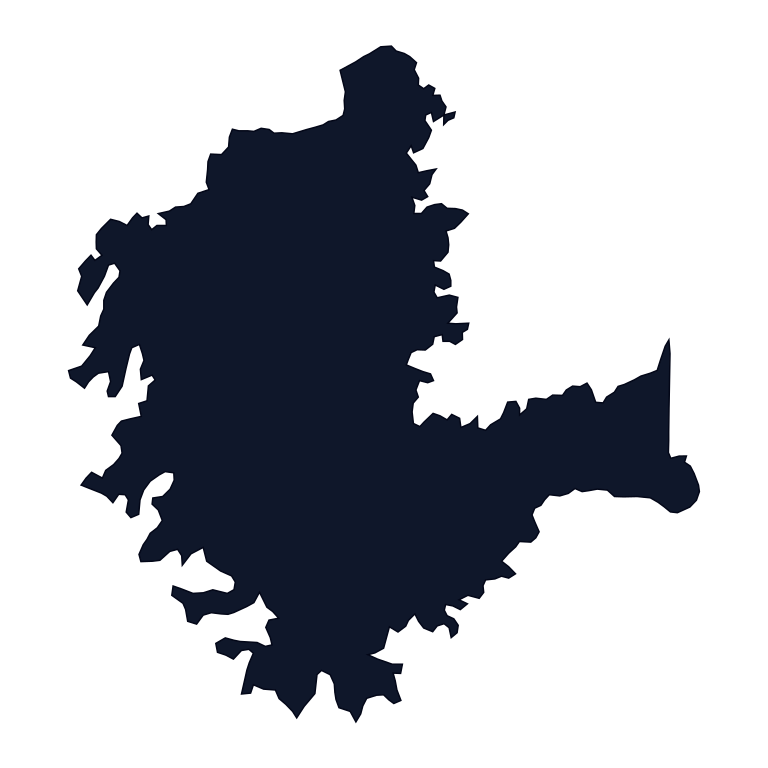 outline of Marquinho, Paraná, Brazil, rotated 270°
{"feature_id": "56859067B92570894307913", "entity_name": "Marquinho", "entity_type": "district", "adm_level": 2, "iso_a3": "BRA", "parent_name": "Brazil", "parent_adm1": "Paraná", "projection": "mercator", "projection_center": [-52.258, -25.123], "detail": "fine", "context": "isolated", "style": "filled", "palette": "ink", "viewbox_px": 768, "rotation_deg": 270, "n_neighbors": 0, "source": "geoboundaries", "source_scale": "gbopen_adm2", "svg_char_len": 5678}
<svg xmlns="http://www.w3.org/2000/svg" viewBox="0 0 768 768"><g transform="rotate(270 384 384)"><path d="M705.3,416.5L711.4,409.7L714.5,404.3L717.0,396.1L721.9,391.4L721.2,380.7L714.2,369.5L711.4,363.7L706.0,355.5L697.7,340.1L676.2,345.4L667.6,344.2L659.1,344.7L652.6,343.1L648.0,336.0L646.5,328.5L643.1,323.1L640.7,315.0L638.5,306.8L634.2,292.6L635.2,281.8L634.8,274.0L638.5,269.2L639.7,261.1L636.6,253.9L637.2,247.6L637.2,238.8L638.8,232.4L630.9,229.4L621.0,228.6L613.4,221.5L613.9,210.7L606.4,208.0L598.3,207.6L585.8,206.3L578.4,209.1L574.7,197.9L564.2,190.8L561.5,183.9L560.9,175.5L556.9,169.4L554.4,158.3L548.3,166.1L542.5,166.4L542.5,156.9L538.3,151.7L543.4,148.1L552.0,148.8L550.1,142.0L554.8,137.0L550.2,132.6L542.5,127.1L546.5,119.3L548.7,110.6L539.5,101.4L533.3,96.4L526.0,96.2L519.2,96.4L512.7,102.0L507.6,94.9L512.8,91.0L507.0,85.4L499.2,78.7L491.7,81.7L477.2,77.7L463.1,87.2L475.3,94.4L480.0,98.1L491.7,104.4L502.9,108.5L504.8,114.6L497.2,120.0L490.7,119.0L484.9,113.5L475.7,106.5L467.7,103.8L458.8,103.8L452.0,100.7L441.9,98.7L432.7,89.3L423.0,82.8L420.3,95.3L412.3,90.2L401.9,81.7L397.4,68.6L389.9,70.5L386.2,76.3L379.8,84.5L386.1,88.5L391.0,93.2L394.8,98.4L396.4,108.5L386.4,110.6L376.9,107.2L371.4,108.5L371.4,115.2L381.8,122.1L399.6,126.0L414.0,129.5L420.3,131.8L423.6,139.4L414.4,142.4L407.6,144.0L398.8,140.4L388.4,141.3L392.9,152.1L388.0,155.2L382.1,148.4L375.5,147.8L367.2,147.0L364.5,138.7L351.6,141.3L349.1,130.1L346.9,121.4L342.6,117.3L332.8,111.9L322.4,121.0L314.8,122.1L309.5,119.0L303.4,113.6L297.6,105.7L289.9,102.4L295.7,91.6L289.9,86.1L282.9,81.1L274.9,101.4L271.8,106.8L265.3,112.9L273.7,118.7L273.3,125.1L268.1,128.4L255.9,126.2L250.4,130.9L253.7,138.7L268.1,140.0L278.0,143.7L286.8,150.2L293.0,159.0L296.4,165.1L295.2,173.8L287.8,174.2L278.8,170.1L271.5,162.7L270.0,152.8L263.9,152.1L258.0,158.3L247.5,162.3L240.2,157.3L234.7,150.2L228.6,147.0L223.4,143.3L213.6,139.0L206.4,140.9L206.8,152.5L207.7,159.9L216.6,169.8L218.7,177.6L212.4,181.7L202.8,182.3L214.2,191.0L220.6,203.2L206.8,206.7L202.8,212.4L197.0,220.6L192.1,231.6L186.0,235.3L178.3,234.0L174.6,227.3L178.2,212.8L175.2,203.3L174.6,193.0L178.9,181.9L182.0,173.1L172.7,171.8L164.7,183.0L158.6,185.6L146.7,187.7L143.9,196.6L152.9,203.2L155.3,211.3L154.1,221.2L153.7,228.0L155.5,233.8L161.4,246.6L165.4,253.9L175.8,259.5L160.8,266.9L156.5,272.7L149.8,278.7L147.9,269.0L140.6,265.8L130.4,270.3L123.1,272.0L121.6,265.3L125.5,257.1L126.1,246.9L126.5,240.2L127.7,234.0L130.1,225.3L124.6,215.8L115.7,217.5L113.0,225.6L108.9,233.4L117.5,241.4L118.7,248.9L114.8,253.4L105.3,249.3L97.9,246.9L90.3,245.2L74.0,241.5L74.9,250.6L83.2,253.4L78.9,263.6L78.0,275.4L69.4,279.1L63.6,285.9L56.6,292.6L50.1,296.7L61.7,304.2L74.4,314.9L93.4,317.0L97.6,321.5L93.3,330.2L84.1,334.3L75.6,334.9L68.5,336.0L60.3,339.0L56.6,350.2L46.1,355.9L54.1,360.7L62.1,362.8L69.7,366.7L72.8,376.6L73.2,383.6L68.2,388.8L64.5,393.8L67.6,400.9L78.1,396.9L87.3,395.2L94.9,393.1L94.6,400.6L103.8,402.4L103.8,392.2L109.0,377.3L113.3,367.8L115.1,374.9L119.8,383.6L141.2,389.4L136.0,398.0L141.8,405.7L147.6,408.4L154.1,414.9L146.7,418.6L140.0,423.7L136.3,432.7L142.1,437.2L144.3,444.1L140.3,449.1L130.4,451.2L135.3,457.1L142.7,458.2L149.2,453.8L152.3,447.1L157.8,444.3L163.5,445.6L162.1,452.8L158.4,460.3L164.2,467.4L168.2,459.0L172.7,467.9L169.7,479.2L175.6,483.7L182.3,483.0L188.1,485.6L189.1,494.9L191.8,501.5L189.9,508.7L194.2,515.5L201.3,508.6L206.8,501.6L214.8,508.7L221.2,515.7L226.5,519.4L225.9,530.8L230.2,535.8L236.2,539.1L246.3,534.7L253.1,532.0L259.8,534.7L262.7,540.9L268.2,544.6L273.3,549.3L272.1,559.8L274.6,568.3L279.5,575.0L276.4,582.1L277.4,589.0L278.9,597.2L277.9,607.4L271.5,614.5L271.2,623.9L271.5,637.1L270.2,650.3L265.7,658.1L261.1,664.3L256.1,670.4L255.3,677.4L261.0,689.9L267.8,696.4L276.4,699.4L282.9,698.5L294.5,694.1L301.9,690.3L305.8,684.5L312.0,686.4L311.9,679.1L309.7,670.8L315.4,668.4L327.3,668.7L336.2,668.7L359.8,669.0L414.4,670.0L428.1,668.9L421.8,665.2L408.3,660.6L397.6,657.2L394.8,650.3L391.9,640.9L388.2,634.4L383.5,624.3L381.6,618.1L375.8,614.4L370.9,606.6L365.1,603.1L365.7,595.7L378.2,591.4L384.9,587.0L381.3,580.2L381.9,572.6L378.0,566.3L372.6,562.5L372.9,552.7L368.6,546.4L369.8,535.8L368.6,528.7L359.2,526.7L353.0,519.6L359.8,519.6L366.6,515.9L365.9,507.7L355.3,503.6L349.1,500.5L343.2,490.6L337.7,485.6L340.1,477.8L351.6,477.4L344.4,470.1L340.5,460.9L349.7,459.6L353.6,451.7L348.1,447.1L352.2,440.0L354.6,433.1L345.9,424.0L341.4,419.9L344.5,413.4L356.1,412.1L364.9,413.2L370.9,418.3L378.0,415.9L387.4,419.5L385.3,427.7L387.4,433.5L394.1,430.5L396.4,422.9L399.4,415.2L403.1,406.3L408.8,408.4L415.4,411.1L418.3,417.1L418.0,425.3L423.8,432.7L431.3,434.2L433.4,442.2L426.7,443.0L426.7,449.7L423.6,455.4L428.5,462.5L435.6,462.3L438.7,467.4L444.8,468.7L444.2,455.8L444.8,447.8L455.1,457.1L461.0,456.5L470.6,457.9L472.9,449.3L470.2,437.2L475.9,433.9L483.0,435.2L478.7,443.9L481.8,450.8L487.6,450.8L493.9,449.1L497.4,443.0L500.9,434.4L507.4,433.5L507.0,440.6L515.8,448.0L523.2,448.7L530.3,448.0L537.0,446.0L539.7,454.5L545.9,460.9L554.2,468.3L557.9,462.5L559.4,455.5L559.7,447.1L564.3,441.5L563.4,434.6L560.9,427.0L554.5,421.4L554.5,413.8L562.5,414.8L570.8,411.9L567.9,421.6L571.4,427.7L577.5,424.0L584.2,429.7L593.4,432.0L599.0,436.1L597.2,426.6L595.3,418.3L602.9,415.9L607.6,412.1L614.9,406.3L622.3,411.2L615.2,413.6L619.5,422.9L630.3,428.7L637.8,431.4L642.7,428.1L647.4,424.9L653.0,425.7L655.6,431.4L646.5,433.5L653.0,443.9L661.1,446.0L667.0,441.9L672.8,440.0L672.6,432.8L679.6,434.8L683.0,428.7L679.3,423.7L683.0,418.3L689.8,418.6L698.3,414.2L705.3,416.5ZM653.0,443.9L643.4,443.7L647.7,448.0L650.2,453.8L656.0,455.1L653.0,443.9Z" fill="#0f172a" stroke="#020617" stroke-width="1.5"/></g></svg>